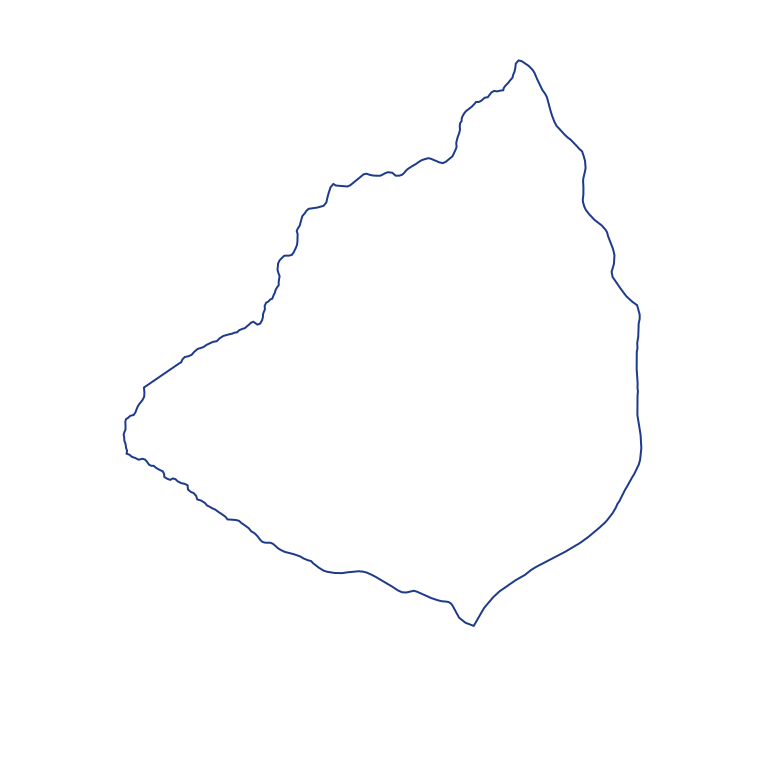 Aparecida do Taboado, Mato Grosso do Sul, Brazil (Natural Earth projection), rotated 340°
{"feature_id": "56859067B67152949964175", "entity_name": "Aparecida do Taboado", "entity_type": "district", "adm_level": 2, "iso_a3": "BRA", "parent_name": "Brazil", "parent_adm1": "Mato Grosso do Sul", "projection": "natural_earth1", "projection_center": [-51.332, -20.072], "detail": "fine", "context": "isolated", "style": "outline", "palette": "blue", "viewbox_px": 768, "rotation_deg": 340, "n_neighbors": 0, "source": "geoboundaries", "source_scale": "gbopen_adm2", "svg_char_len": 4618}
<svg xmlns="http://www.w3.org/2000/svg" viewBox="0 0 768 768"><g transform="rotate(340 384 384)"><path d="M621.1,126.0L617.4,128.0L615.5,131.9L613.4,135.2L611.3,137.4L609.5,140.1L606.4,141.8L603.4,143.7L600.3,145.1L597.9,146.7L596.5,148.7L593.6,148.1L590.3,147.7L587.8,146.3L584.8,146.7L582.7,148.0L579.6,150.0L576.5,149.4L574.1,150.4L571.7,151.2L569.4,151.4L567.0,150.4L564.9,151.7L561.4,153.4L558.0,154.5L554.2,155.7L551.4,157.5L549.6,159.0L547.9,161.0L546.8,163.5L544.6,165.1L543.3,167.8L542.5,170.8L540.6,173.8L538.0,176.8L536.4,179.0L534.4,182.0L533.3,186.0L531.7,188.0L529.4,190.3L526.3,193.4L523.8,194.3L521.3,195.2L518.1,196.3L514.9,196.6L511.7,194.6L509.2,192.1L507.1,190.3L505.4,188.6L503.0,187.0L498.6,186.6L495.5,186.6L492.1,187.4L488.7,188.3L484.5,189.0L480.2,190.0L477.9,190.9L475.0,192.6L472.7,193.5L469.8,193.5L466.2,192.2L464.0,188.3L460.0,186.3L457.2,186.3L454.2,186.8L451.8,187.0L448.6,185.9L444.5,184.1L441.9,182.4L439.5,180.4L436.5,180.0L432.9,181.3L420.2,185.7L417.2,185.9L406.6,181.0L404.8,178.7L401.1,180.8L397.7,185.1L394.9,189.0L391.9,193.7L388.1,195.9L381.7,195.4L373.1,193.6L370.2,194.8L368.1,196.4L364.7,198.3L360.8,203.7L359.0,206.3L355.9,208.7L354.3,210.4L354.1,213.7L352.6,217.3L351.4,220.5L349.8,223.6L348.0,225.6L346.0,227.6L343.9,229.6L341.5,231.2L338.3,230.8L336.0,229.9L333.9,229.4L330.9,230.8L328.2,232.1L325.7,234.5L324.6,236.9L323.0,240.2L322.7,244.2L322.8,247.0L321.2,249.7L319.9,252.2L318.8,255.2L316.5,256.7L314.3,258.5L312.6,261.0L310.6,262.8L308.2,265.6L306.0,265.7L303.7,266.9L301.1,267.3L298.6,269.7L297.7,273.0L295.9,275.0L294.2,277.0L293.1,279.7L291.3,282.3L288.3,284.9L285.4,284.9L284.0,282.9L282.5,280.8L280.0,280.9L277.8,281.9L275.0,282.9L272.5,283.9L270.3,283.8L266.4,283.9L263.5,285.2L261.0,284.6L258.6,284.8L255.8,284.4L252.5,284.1L249.4,283.9L245.3,284.8L241.4,286.6L238.0,285.9L234.1,286.2L230.8,286.5L227.1,287.5L224.9,287.5L220.9,287.3L216.6,288.9L213.2,290.8L209.3,291.0L206.1,290.5L203.2,291.8L200.8,294.2L197.7,294.8L157.2,305.2L155.9,310.2L154.3,313.9L151.4,316.6L148.2,318.5L145.3,320.5L142.5,323.5L140.8,325.6L138.1,327.5L134.8,327.1L132.1,328.2L129.6,328.8L128.1,330.8L126.9,334.6L125.6,338.2L123.7,340.3L122.1,342.3L121.6,345.2L120.6,348.6L120.6,352.1L119.8,355.8L119.7,358.9L118.3,361.4L120.6,363.4L122.2,366.2L124.9,368.4L127.5,371.2L131.6,371.7L133.7,373.4L134.8,376.2L135.6,379.4L137.4,381.3L139.6,382.1L141.1,384.8L143.7,387.9L146.2,390.4L146.6,393.2L145.8,396.2L147.9,398.9L150.4,401.0L153.2,400.5L155.4,402.0L156.9,404.9L159.4,407.7L162.5,409.6L164.8,412.0L163.7,416.1L165.6,419.4L167.8,421.4L169.2,424.7L169.0,428.6L172.2,430.9L175.1,434.6L176.1,437.5L178.2,439.7L180.1,442.1L182.3,444.1L183.7,446.1L185.2,448.4L186.8,450.4L188.3,452.6L189.7,454.7L190.6,457.7L194.0,459.2L198.2,461.1L201.0,463.0L202.4,465.8L204.2,468.3L205.8,470.6L207.5,473.1L208.8,476.8L211.4,480.1L213.0,483.6L214.5,488.3L215.6,490.6L217.6,492.2L219.9,493.2L222.9,494.3L225.0,496.2L226.7,499.2L228.4,502.4L230.1,504.5L233.3,507.8L240.5,512.7L243.3,514.9L246.6,517.7L248.8,520.5L252.1,523.5L255.0,525.5L256.0,528.1L260.0,534.4L263.5,538.8L266.5,541.1L273.0,544.7L279.6,547.3L285.8,548.6L291.6,550.1L296.2,551.3L300.0,553.1L303.3,555.3L307.3,559.2L310.3,562.5L319.0,573.1L322.1,576.8L326.3,582.5L329.6,585.8L333.8,587.6L337.3,588.0L341.3,588.5L343.9,590.4L355.4,601.5L360.7,605.7L364.2,608.0L367.9,609.7L370.0,610.9L371.7,612.9L372.6,615.6L373.1,619.0L373.5,621.8L374.7,629.4L378.9,636.2L385.6,642.0L395.2,633.9L401.6,628.6L413.9,621.6L421.5,618.4L440.5,613.4L451.1,611.6L458.5,609.1L464.3,607.9L497.0,603.6L510.2,601.1L512.5,600.7L516.4,599.7L523.7,597.6L537.3,592.7L540.3,591.4L543.6,590.1L547.1,588.3L554.7,583.5L559.3,579.7L562.5,576.4L565.0,574.7L571.3,568.7L574.9,565.4L576.8,563.9L585.1,556.7L588.2,554.3L595.9,546.8L598.8,542.7L603.9,532.2L607.7,519.6L611.5,499.8L618.4,481.3L620.0,478.1L620.9,474.3L622.6,470.0L626.5,456.5L632.5,440.3L634.4,437.1L636.0,432.0L639.0,426.7L644.0,414.3L646.5,410.3L648.0,406.2L648.8,396.5L645.5,391.7L641.7,384.4L638.7,374.4L636.8,366.9L635.4,361.8L636.2,356.5L641.2,349.7L644.6,341.8L645.1,338.1L645.4,334.8L645.1,321.7L645.5,317.9L645.0,315.1L642.9,309.6L637.9,301.7L634.8,294.5L633.2,289.3L632.9,285.8L633.2,281.3L633.8,278.8L636.0,274.5L638.5,267.9L640.3,262.0L641.3,259.5L645.4,253.2L647.3,250.0L649.2,243.1L649.6,238.1L649.7,233.1L648.1,230.2L647.0,227.5L644.3,221.3L642.8,218.0L641.1,215.5L639.1,211.7L636.8,206.1L634.4,200.4L633.8,195.6L633.7,189.0L634.0,183.6L635.2,170.2L634.6,166.1L633.4,162.1L632.2,150.1L631.8,143.0L631.1,139.7L628.8,134.6L623.8,127.7L621.1,126.0Z" fill="none" stroke="#1e3a8a" stroke-width="2"/></g></svg>